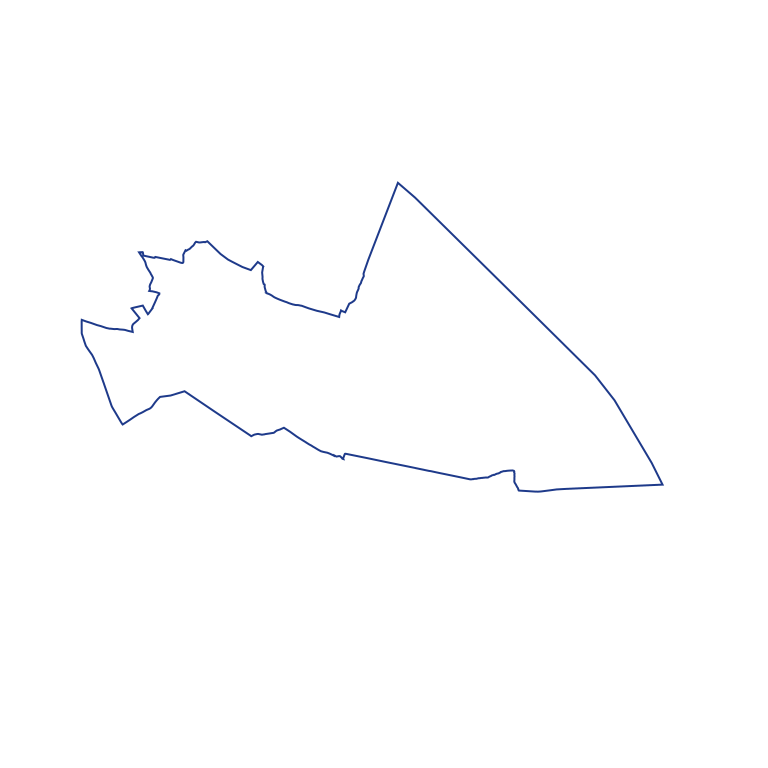 Huizen, Noord-Holland, Netherlands, rotated 33°
{"feature_id": "6326949B75136097066874", "entity_name": "Huizen", "entity_type": "district", "adm_level": 2, "iso_a3": "NLD", "parent_name": "Netherlands", "parent_adm1": "Noord-Holland", "projection": "equal_earth", "projection_center": [5.224, 52.296], "detail": "fine", "context": "isolated", "style": "outline", "palette": "blue", "viewbox_px": 768, "rotation_deg": 33, "n_neighbors": 0, "source": "geoboundaries", "source_scale": "gbopen_adm2", "svg_char_len": 5970}
<svg xmlns="http://www.w3.org/2000/svg" viewBox="0 0 768 768"><g transform="rotate(33 384 384)"><path d="M286.1,207.7L303.2,288.5L306.2,300.7L306.8,302.7L308.3,304.5L308.5,305.8L308.5,306.4L309.0,309.4L309.0,309.8L309.3,310.8L309.6,311.7L309.7,312.3L309.6,313.6L309.7,314.7L310.0,316.6L310.7,317.7L310.9,318.5L311.4,321.9L311.9,323.3L312.7,325.2L313.1,326.0L313.4,326.6L313.5,326.8L313.6,327.4L313.7,327.7L313.7,328.4L313.7,328.8L313.7,329.9L313.4,331.0L313.1,331.5L313.0,332.1L312.5,333.1L311.1,335.6L312.4,345.0L309.9,345.5L308.9,345.7L307.9,345.7L308.3,347.1L308.5,348.5L308.7,349.5L309.0,350.4L309.4,351.2L309.9,352.2L306.5,353.2L300.7,354.9L295.0,356.5L287.7,359.2L279.8,361.5L276.4,362.3L272.4,363.2L270.8,363.9L270.4,364.0L269.0,364.6L268.0,365.2L267.5,365.5L266.6,366.0L265.8,366.3L265.6,366.4L265.1,366.5L264.6,366.8L261.7,367.6L260.6,367.9L259.6,368.1L257.8,368.4L256.0,368.9L251.0,370.0L248.3,370.5L245.6,370.9L244.0,371.0L241.9,370.9L239.9,371.0L237.9,371.3L236.7,371.7L236.2,371.7L236.3,371.6L235.8,371.4L234.2,370.5L231.4,368.0L230.8,367.3L230.0,365.9L229.7,365.6L228.7,365.7L228.2,365.3L226.7,364.0L224.8,362.0L223.8,360.3L221.1,356.9L221.0,356.7L219.0,352.1L218.8,351.7L218.8,351.4L218.8,351.2L217.7,350.9L216.7,350.7L211.7,350.4L211.1,355.0L210.3,361.0L201.5,363.0L193.9,363.8L190.0,364.2L185.4,364.6L176.1,364.0L158.1,360.5L156.7,362.6L155.9,362.8L153.8,364.5L153.4,364.9L151.9,366.0L148.9,367.1L148.6,368.5L148.7,369.6L148.7,370.3L148.7,371.4L148.6,372.1L148.3,372.7L148.0,373.9L147.6,375.7L147.4,376.6L147.2,377.0L146.9,377.4L146.7,377.8L146.5,378.1L145.9,379.3L145.8,379.8L144.7,379.9L145.2,384.7L145.4,385.2L146.8,387.0L149.2,390.8L149.3,391.0L149.3,391.3L149.4,391.6L149.3,391.9L149.2,392.1L149.0,392.3L148.9,392.4L148.4,392.6L148.0,392.8L147.4,393.0L139.5,394.9L137.3,395.3L137.3,395.6L137.2,396.0L137.0,396.3L136.8,396.5L136.6,396.6L136.3,396.7L123.0,402.0L122.9,402.4L123.0,402.6L123.0,402.8L122.9,403.0L122.7,403.2L121.5,403.8L112.4,407.3L112.2,407.3L112.1,407.2L110.1,405.0L110.0,404.9L109.7,404.9L108.3,405.9L108.5,406.0L108.6,406.3L108.0,407.0L107.9,407.1L107.3,406.8L107.2,406.8L106.9,407.0L110.7,408.7L112.3,409.2L112.5,409.3L115.9,410.9L117.4,411.8L117.6,412.0L117.9,412.2L119.6,413.8L119.9,414.0L121.0,414.9L122.1,415.5L124.1,416.5L127.5,418.0L128.5,418.7L129.2,419.0L131.8,420.4L132.1,420.6L132.4,420.9L132.5,421.1L132.7,421.9L133.4,425.5L133.6,427.6L133.8,428.4L134.1,429.4L134.4,430.0L135.8,431.5L135.9,431.8L136.1,432.1L136.2,432.5L136.3,432.7L136.4,433.8L138.4,432.9L139.1,432.5L140.7,431.9L143.2,431.0L146.2,430.3L146.6,430.9L146.6,431.6L146.2,433.2L146.7,435.6L147.4,439.9L148.4,446.7L148.6,446.7L148.1,453.8L148.0,454.1L144.6,452.5L139.0,449.6L133.5,455.3L131.9,457.0L131.5,457.4L131.1,458.0L143.1,461.9L142.8,464.4L142.0,467.2L141.4,469.1L141.1,470.0L141.0,471.0L141.2,472.3L141.6,473.2L142.1,474.1L143.1,475.2L144.9,477.2L140.4,478.8L137.7,479.6L136.9,479.9L135.5,480.6L133.5,481.7L132.6,482.2L130.9,482.9L130.4,483.1L130.1,483.3L128.8,484.2L128.0,484.8L125.4,486.1L124.6,486.5L123.6,487.1L122.0,487.7L120.8,488.2L114.9,489.7L111.2,490.9L104.9,492.4L100.4,493.7L95.6,494.8L96.3,496.1L99.7,501.3L101.7,504.3L102.8,506.0L103.1,506.3L103.4,506.6L107.2,509.6L109.6,511.6L113.2,514.4L117.1,516.1L119.6,517.1L123.4,518.6L126.5,520.4L130.7,523.2L136.3,526.6L137.7,527.6L147.9,535.5L148.5,535.9L149.2,536.5L158.3,543.6L164.2,548.2L165.5,549.2L166.1,549.7L168.0,551.1L169.3,551.8L170.5,552.4L171.5,552.9L174.0,554.1L184.2,559.2L184.6,559.4L186.5,560.2L186.9,560.3L189.2,555.2L190.5,552.2L192.3,547.8L193.7,544.8L194.6,542.8L195.7,541.2L197.0,539.0L198.6,535.9L198.9,535.3L200.8,532.5L201.2,531.6L201.4,531.0L201.6,530.3L201.8,528.9L202.0,524.1L202.3,521.4L202.6,519.5L203.2,516.8L211.3,509.9L220.7,498.7L257.4,499.4L299.8,500.0L301.1,500.1L301.9,498.7L302.5,497.6L303.1,496.8L303.6,496.3L303.8,496.1L305.0,494.9L305.7,494.4L305.9,494.3L307.0,493.9L308.7,493.2L309.1,493.1L309.5,492.8L309.9,492.4L311.2,491.3L311.7,490.7L313.4,489.2L315.2,487.6L316.3,486.6L318.0,485.1L318.1,484.9L318.3,484.6L318.4,484.4L318.9,482.7L319.4,481.5L319.5,481.3L319.7,481.1L320.4,480.2L320.9,479.6L321.8,478.5L322.1,477.9L323.7,475.5L323.9,475.2L331.2,475.2L339.3,475.6L341.8,475.6L342.4,475.6L354.4,475.4L356.4,475.2L359.0,475.2L360.2,475.1L364.1,475.0L365.6,474.9L367.9,474.7L368.4,474.5L369.7,474.1L371.1,473.6L373.9,472.5L376.3,472.0L379.9,471.5L381.2,471.4L381.0,471.0L383.4,470.8L383.7,470.7L384.0,470.4L385.4,469.1L385.9,468.8L386.2,468.6L386.6,468.5L387.7,468.7L388.6,468.9L389.7,469.3L390.3,469.2L390.5,469.2L390.8,469.1L390.5,468.9L390.3,468.8L389.3,464.3L389.3,463.9L389.4,463.7L389.5,463.6L389.9,463.4L390.3,463.2L410.8,455.1L428.6,448.2L449.9,439.8L469.0,432.4L470.7,431.6L475.2,429.9L478.6,428.6L479.9,428.1L481.9,427.3L499.0,420.6L508.3,417.0L509.1,416.4L509.7,416.0L510.1,415.5L510.8,415.1L511.2,414.5L511.7,414.2L512.3,413.7L512.9,413.3L513.4,412.9L513.8,412.4L515.0,411.2L515.7,410.8L516.7,409.8L517.3,409.4L517.9,409.0L518.2,408.6L518.8,408.2L519.9,407.3L520.5,406.8L521.0,406.6L522.0,405.9L522.2,405.7L522.8,404.4L522.9,404.2L523.8,403.0L523.9,402.6L524.4,401.7L525.1,401.0L525.5,400.4L526.1,400.1L526.9,398.6L527.2,398.3L527.4,397.9L528.1,397.2L528.9,396.4L529.2,395.6L529.6,395.1L529.8,394.8L529.8,394.3L530.0,394.1L531.5,392.3L531.8,391.9L532.1,391.7L532.7,391.3L533.4,390.8L534.1,390.1L535.2,389.2L536.8,388.0L538.9,386.5L539.4,386.3L540.1,386.2L540.3,386.1L540.9,386.4L541.2,387.2L541.6,387.5L542.0,387.7L542.5,388.4L542.6,388.8L543.2,389.7L543.3,389.8L543.5,390.0L543.8,390.4L544.1,391.1L544.6,391.8L544.8,392.2L545.3,392.9L545.6,393.4L546.2,394.6L546.4,394.8L546.7,395.0L547.1,395.5L548.7,396.2L550.6,397.2L551.4,397.7L552.6,398.2L553.4,398.6L553.9,399.2L554.6,399.6L554.9,399.9L555.2,399.9L558.9,397.8L565.3,394.2L569.2,392.0L571.8,390.4L574.1,388.7L581.2,382.7L586.2,378.4L593.7,372.9L672.4,316.7L651.5,304.4L586.2,272.1L556.3,261.8L452.9,240.4L308.7,210.8L286.1,207.7Z" fill="none" stroke="#1e3a8a" stroke-width="2"/></g></svg>